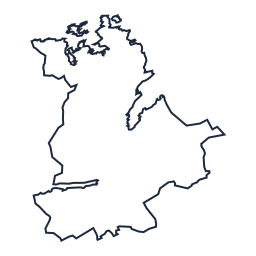 Hemne nor, Sør-Trøndelag, Norway
{"feature_id": "86288312B71092976212534", "entity_name": "Hemne nor", "entity_type": "district", "adm_level": 2, "iso_a3": "NOR", "parent_name": "Norway", "parent_adm1": "Sør-Trøndelag", "projection": "albers", "projection_center": [8.977, 63.29], "detail": "fine", "context": "isolated", "style": "outline", "palette": "slate", "viewbox_px": 256, "rotation_deg": 0, "n_neighbors": 0, "source": "geoboundaries", "source_scale": "gbopen_adm2", "svg_char_len": 5521}
<svg xmlns="http://www.w3.org/2000/svg" viewBox="0 0 256 256"><path d="M53.4,184.3L56.4,184.5L59.5,183.4L68.9,183.7L73.5,182.9L84.2,182.8L97.0,179.9L98.0,180.5L96.6,181.8L96.4,182.9L97.2,183.4L96.6,184.6L92.7,184.5L90.3,185.6L86.0,186.0L83.7,188.0L79.9,187.4L67.3,188.0L66.5,189.4L62.7,190.7L63.0,189.4L62.2,189.0L55.6,187.9L52.6,188.6L51.8,189.4L51.7,190.8L50.4,191.8L49.2,191.8L48.6,191.0L44.2,193.7L41.8,193.7L40.7,192.8L38.3,194.6L33.7,195.5L35.5,203.6L39.5,206.8L46.1,213.8L49.5,216.1L50.3,217.6L49.4,220.8L45.4,228.5L46.1,232.7L53.7,233.1L60.4,238.2L61.4,240.6L69.1,236.6L72.7,235.6L76.2,238.4L93.3,228.1L96.4,233.9L97.2,236.2L97.2,238.9L97.6,239.8L101.6,238.0L100.6,236.4L104.7,233.9L106.4,231.3L108.8,230.5L111.5,232.8L113.7,236.1L117.6,234.2L116.1,233.1L116.2,230.5L119.1,229.9L117.7,227.1L119.4,226.3L130.7,226.9L131.6,228.9L138.6,231.5L143.6,232.1L149.0,228.9L156.0,226.7L156.1,223.4L155.3,219.1L146.5,208.1L143.7,202.8L158.2,194.2L160.1,188.3L168.3,182.4L173.8,181.4L175.1,183.4L174.9,185.4L187.7,188.4L191.6,185.7L192.0,184.4L197.4,182.1L197.9,181.0L200.1,179.5L206.6,177.6L206.5,175.2L209.5,172.7L209.3,171.1L205.9,171.1L204.5,167.7L204.2,166.4L203.6,157.2L205.0,153.4L203.9,150.1L201.3,146.1L201.6,145.1L201.2,144.0L208.7,137.6L224.4,134.6L217.2,126.8L212.4,129.4L207.2,119.8L200.0,123.5L186.6,125.6L171.3,112.6L166.8,104.7L164.8,100.1L164.1,96.6L162.9,97.0L162.8,95.6L162.4,95.2L160.6,95.7L159.9,97.3L160.7,98.3L159.9,99.6L157.7,100.0L157.3,99.0L156.8,99.3L155.6,103.6L153.5,104.8L151.7,107.0L145.2,110.0L146.5,108.9L145.1,108.1L143.0,109.3L142.2,113.0L139.9,113.6L138.6,115.6L139.5,116.0L139.1,116.1L139.3,116.9L140.2,117.7L139.1,118.9L139.9,119.4L140.0,120.2L134.8,125.7L134.6,127.0L131.3,129.6L128.9,129.6L128.4,127.5L128.6,126.3L127.8,126.0L128.6,125.7L127.8,125.1L128.4,124.0L127.4,123.3L127.7,122.4L127.4,122.1L127.5,121.1L128.8,119.8L127.4,119.1L129.3,116.3L129.2,115.6L128.8,114.6L126.2,115.7L126.8,115.0L126.4,114.6L128.4,112.8L130.3,109.1L132.6,107.0L132.7,105.9L135.0,101.1L141.5,95.0L140.9,93.2L139.2,93.3L139.5,92.5L136.2,94.2L136.5,92.7L138.1,91.0L137.8,90.3L136.3,90.9L136.4,89.5L137.1,88.7L137.8,86.6L142.5,81.5L145.8,80.4L149.4,78.0L153.8,73.9L152.1,72.9L152.3,70.8L146.3,72.1L147.2,71.2L146.0,72.4L144.6,72.4L145.1,70.8L144.6,68.8L143.8,67.7L144.1,66.4L145.3,64.7L145.1,64.0L146.4,61.0L145.9,57.7L144.8,55.8L144.2,52.8L142.5,53.0L141.6,51.7L142.2,48.4L141.7,46.1L140.1,43.7L138.2,44.1L135.9,43.2L131.1,44.9L129.9,43.2L130.1,42.1L134.3,41.7L134.8,40.9L134.7,40.3L135.3,40.1L134.8,39.6L130.7,41.0L127.2,39.1L127.0,37.9L128.3,34.9L128.2,33.7L130.0,31.1L129.6,30.1L126.3,31.1L124.1,30.1L122.3,30.7L121.3,29.2L119.5,29.5L118.7,28.8L119.5,26.7L117.4,27.4L117.6,26.8L113.1,27.8L109.2,27.5L109.0,26.9L110.2,26.0L110.6,24.5L109.3,23.4L109.6,22.4L109.3,19.0L107.6,17.3L108.1,15.7L101.9,15.8L101.5,16.2L102.1,17.0L100.6,17.7L101.7,19.7L100.9,21.4L102.9,22.0L100.7,25.6L101.5,26.2L103.3,26.0L103.6,26.0L103.8,26.1L100.4,27.6L96.1,31.5L95.0,31.4L96.9,32.4L98.3,34.0L98.1,34.8L98.8,34.9L100.6,37.3L101.8,37.5L102.1,38.6L97.5,42.6L93.6,44.4L95.0,44.7L96.5,43.4L98.6,43.5L99.4,44.3L99.2,46.0L100.2,46.6L105.0,45.8L108.9,48.7L108.5,49.5L106.1,49.0L103.9,50.3L104.8,51.8L104.7,52.6L103.5,51.3L102.3,51.5L102.5,53.0L103.6,54.8L103.5,55.4L102.7,55.1L102.4,53.6L101.0,51.9L99.6,52.7L97.3,52.1L96.1,53.6L95.5,53.2L92.7,54.1L91.0,53.5L92.6,51.5L88.4,52.4L88.8,51.3L93.5,49.4L91.8,49.2L89.8,50.1L89.9,48.4L89.0,46.4L87.2,45.9L83.4,46.5L84.0,44.7L83.7,44.4L83.9,43.2L85.1,40.7L83.1,41.8L83.0,41.1L83.8,40.3L83.6,40.2L80.0,42.0L80.4,42.4L78.6,43.7L78.6,44.6L78.0,45.3L78.4,47.6L80.6,48.1L79.3,49.6L77.0,50.6L77.2,49.2L76.3,48.8L74.4,52.1L73.3,52.8L72.9,52.6L73.3,52.1L73.2,50.9L71.9,49.3L71.7,47.6L69.1,48.6L67.7,50.1L69.4,51.1L68.9,52.5L70.3,53.1L70.2,53.6L73.8,56.5L74.0,57.1L73.8,57.7L75.0,58.0L74.5,59.4L75.0,60.0L73.3,61.4L76.2,61.5L74.8,62.9L75.3,63.2L74.4,64.3L75.1,64.4L74.1,65.2L70.9,64.0L70.8,62.8L68.8,60.8L69.2,58.6L68.4,56.5L67.7,56.1L67.8,54.2L66.0,54.4L65.9,53.5L65.2,52.7L65.6,48.6L67.8,45.7L67.0,45.3L67.3,44.5L66.9,44.3L67.1,42.5L64.4,41.6L64.3,39.2L65.0,38.7L62.6,38.5L60.8,40.0L55.9,40.7L55.3,39.2L51.3,39.1L49.0,38.2L48.1,38.6L49.0,39.0L44.9,39.8L44.1,40.5L44.4,41.0L42.2,42.0L43.5,41.0L40.7,41.5L40.5,40.4L39.9,40.0L40.8,39.0L37.7,40.1L35.9,39.7L36.2,40.3L34.6,39.9L31.6,41.3L33.8,47.4L35.8,48.4L40.5,52.7L45.4,55.5L44.7,63.5L43.8,64.6L43.4,66.6L43.5,67.7L43.2,68.2L44.0,71.1L44.1,75.3L50.6,75.8L51.9,75.1L58.4,78.9L60.7,78.2L64.0,75.9L65.2,79.9L70.9,87.0L76.4,85.0L74.5,90.0L68.2,93.3L68.1,98.1L64.6,102.1L62.5,107.4L63.2,111.1L62.9,118.7L63.3,124.4L58.5,127.7L48.8,143.1L50.4,146.7L52.3,157.1L62.3,165.5L62.0,172.9L55.0,175.8L53.4,184.3ZM86.6,21.6L82.1,23.1L80.6,24.1L81.2,24.8L79.6,25.8L76.2,26.3L75.1,26.0L74.9,25.3L73.0,25.6L73.9,24.3L71.5,24.7L70.5,26.0L69.5,25.9L69.7,25.6L69.4,25.8L69.6,26.4L67.3,27.3L70.1,26.9L68.8,28.7L70.0,29.1L69.1,29.5L69.2,30.3L68.3,30.7L68.5,30.9L66.3,31.8L68.1,31.8L66.9,32.6L67.5,33.0L67.1,33.4L72.3,31.5L73.8,32.3L73.8,33.0L73.1,33.9L76.1,33.9L75.7,34.7L77.1,35.2L77.4,36.1L81.8,35.5L83.4,33.0L84.4,32.5L86.2,33.3L87.9,32.0L86.5,31.5L87.2,31.1L87.0,30.5L85.2,31.7L84.3,30.7L82.8,32.7L82.0,32.3L79.5,33.4L78.6,32.7L78.9,32.0L78.4,31.3L80.1,29.5L77.5,30.2L78.1,28.1L79.4,27.5L79.9,26.4L81.4,26.4L82.1,25.1L84.7,24.4L86.8,22.6L86.6,21.6ZM117.7,15.4L113.2,16.8L111.7,19.0L112.7,20.2L115.3,20.6L116.3,22.6L118.4,22.2L120.7,20.7L120.9,19.4L119.6,19.1L119.0,18.4L119.1,17.3L118.5,16.8L117.5,16.9L117.7,15.4Z" fill="none" stroke="#1e293b" stroke-width="2"/></svg>